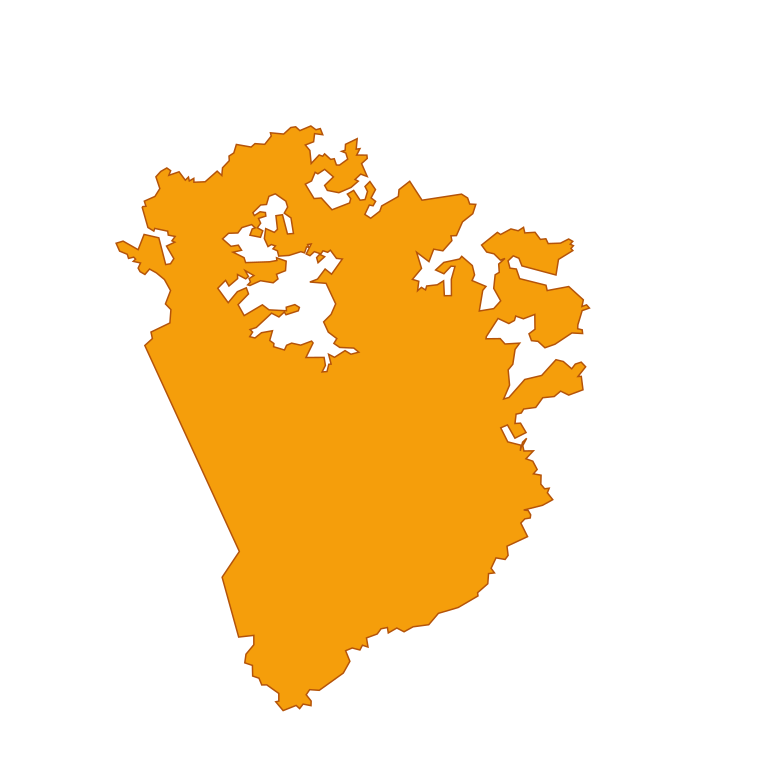 Cañazas, Veraguas, Panama (Natural Earth projection), rotated 70°
{"feature_id": "35544464B38467816512648", "entity_name": "Cañazas", "entity_type": "district", "adm_level": 2, "iso_a3": "PAN", "parent_name": "Panama", "parent_adm1": "Veraguas", "projection": "natural_earth1", "projection_center": [-81.335, 8.382], "detail": "fine", "context": "isolated", "style": "filled", "palette": "amber", "viewbox_px": 768, "rotation_deg": 70, "n_neighbors": 0, "source": "geoboundaries", "source_scale": "gbopen_adm2", "svg_char_len": 6171}
<svg xmlns="http://www.w3.org/2000/svg" viewBox="0 0 768 768"><g transform="rotate(70 384 384)"><path d="M121.8,361.0L116.5,364.5L117.1,376.4L112.1,379.0L111.1,383.9L114.8,392.8L109.1,404.8L112.5,405.2L118.0,414.1L114.0,423.0L115.9,427.8L108.4,440.8L115.5,446.1L116.8,451.7L121.2,453.0L125.6,461.8L132.6,465.1L126.9,468.0L132.8,482.9L129.4,493.6L125.7,492.4L126.6,497.5L122.7,497.0L124.5,501.0L114.5,504.0L114.3,514.8L110.6,511.5L106.7,514.2L107.9,521.1L111.3,527.5L123.7,527.8L129.4,535.1L130.2,546.7L135.6,546.9L134.8,550.0L135.4,550.8L156.2,552.3L161.6,548.0L159.4,546.2L166.4,535.0L170.3,535.8L173.9,529.8L176.9,534.3L179.2,532.1L180.0,541.2L194.3,538.6L198.0,543.5L197.1,548.3L169.6,545.6L161.4,558.3L173.7,569.1L160.5,580.3L160.1,587.6L168.7,587.0L174.3,580.9L178.6,581.1L179.2,575.8L181.7,574.7L183.0,577.7L187.0,571.4L191.0,575.4L195.0,574.8L199.3,571.2L195.8,565.0L201.7,559.9L210.7,554.6L223.2,552.6L234.0,562.0L241.2,558.8L253.4,564.3L255.5,585.2L262.1,586.1L266.0,595.6L491.9,577.2L510.2,602.2L572.1,607.1L575.7,592.3L584.5,595.5L590.7,606.1L598.4,610.2L603.4,603.9L613.5,607.3L617.7,602.1L625.0,601.8L626.6,597.1L638.8,588.7L646.0,591.3L645.6,594.4L656.4,590.5L656.0,576.5L660.2,574.3L657.1,569.5L661.3,562.6L657.0,560.9L649.4,563.4L645.8,558.4L649.7,549.6L641.7,521.1L632.9,510.9L621.5,511.3L621.2,504.2L625.7,497.6L622.1,493.6L625.7,489.0L616.6,487.3L616.6,475.9L613.0,470.5L614.0,464.1L619.4,465.1L617.7,455.4L623.7,449.9L622.1,439.7L625.5,424.3L618.1,411.3L619.4,390.7L615.3,368.2L612.1,367.4L607.2,354.8L597.9,350.6L599.3,344.8L593.8,346.4L585.7,338.2L590.3,330.2L587.5,326.0L578.5,323.9L576.5,301.3L561.5,303.0L558.9,297.8L559.9,292.4L557.1,290.9L552.2,291.8L550.2,295.8L552.2,276.5L550.4,265.0L542.1,267.7L538.4,264.4L537.4,268.9L531.8,270.9L523.4,267.6L519.5,274.3L516.7,269.3L507.4,270.6L502.8,276.2L497.9,266.5L494.8,275.4L489.4,274.7L483.8,268.5L486.1,273.7L493.4,278.8L488.4,276.2L480.7,287.5L465.1,289.3L464.7,282.0L479.7,279.5L478.2,267.1L467.5,269.1L465.9,274.4L457.5,270.2L458.2,264.9L455.3,261.3L457.9,249.4L451.2,239.5L454.0,228.3L451.1,220.5L457.6,214.2L457.5,199.0L444.3,196.0L443.3,199.2L436.8,188.6L430.9,191.2L430.7,197.4L433.9,202.4L424.2,207.8L420.0,214.1L429.9,232.9L427.9,250.2L439.4,271.2L439.0,276.7L428.0,266.4L413.2,262.5L409.5,256.2L396.3,249.0L392.0,242.5L387.8,256.6L381.1,259.3L376.4,272.7L374.4,271.6L361.4,254.4L369.9,246.0L368.9,239.7L365.2,237.0L370.4,230.7L370.2,218.5L384.2,223.4L386.4,230.6L393.7,230.6L396.6,224.7L405.0,220.4L405.1,209.7L400.3,190.0L404.5,180.1L400.9,179.2L398.3,183.1L394.7,181.6L382.8,172.7L382.9,165.0L378.9,166.6L378.9,171.5L373.1,167.9L355.6,177.1L352.0,198.7L346.6,198.0L331.4,220.5L321.2,220.3L318.2,226.0L310.7,225.3L307.8,218.7L312.0,214.2L320.2,214.0L340.4,185.1L326.6,177.4L323.2,160.9L320.6,162.0L318.8,158.7L316.3,161.2L314.5,157.8L310.9,160.9L312.0,170.0L308.2,181.7L302.9,182.2L301.6,187.6L293.1,190.2L290.2,200.0L284.5,199.3L285.9,205.5L281.7,211.7L283.4,223.3L280.3,225.6L286.8,244.8L295.1,242.4L299.3,236.1L307.4,232.3L307.4,227.4L310.5,235.2L318.5,237.5L319.4,242.2L331.7,248.2L345.8,245.9L350.7,255.1L348.0,269.5L329.8,259.2L327.2,254.8L316.9,265.9L312.5,261.6L302.9,260.5L290.6,267.3L292.4,270.2L290.2,286.2L294.5,296.5L300.9,290.0L296.2,280.7L297.8,277.1L308.6,284.9L324.0,290.4L321.7,297.1L307.4,292.7L309.0,300.0L306.5,310.4L309.8,312.8L306.0,315.8L307.9,320.6L299.4,316.2L295.4,321.5L288.2,309.2L271.3,308.3L284.4,299.9L274.3,291.2L279.0,283.1L272.5,271.2L267.7,270.4L269.3,265.2L258.5,254.8L254.3,242.3L246.6,236.3L244.2,241.9L237.8,241.8L232.1,246.2L224.3,285.4L202.3,290.5L206.5,303.4L212.7,306.4L215.9,325.3L220.2,328.8L223.7,339.8L218.1,344.0L210.8,336.6L212.8,333.3L209.5,329.4L204.7,332.5L198.4,325.5L188.9,328.0L191.9,334.3L197.4,333.6L204.2,338.7L203.1,343.6L191.7,346.3L193.0,353.5L198.4,351.9L202.1,354.4L202.5,373.3L187.8,379.3L185.8,386.3L169.3,389.6L168.4,382.6L161.5,376.3L163.9,374.3L162.0,366.3L172.1,360.7L177.1,371.9L182.7,371.0L188.8,361.0L188.0,347.7L184.6,338.8L181.9,341.3L178.8,334.1L183.3,328.8L169.2,329.7L166.3,322.6L163.1,321.8L159.5,331.4L154.6,326.1L153.8,329.8L144.3,325.3L145.6,338.2L151.1,340.6L150.9,344.2L153.9,340.9L160.3,341.2L163.1,351.0L161.9,353.8L155.3,353.7L154.7,357.3L147.4,361.1L149.0,363.7L146.6,366.6L151.9,377.0L139.2,373.8L132.5,376.2L132.3,367.3L125.0,363.6L128.8,356.3L122.2,356.5L121.8,361.0ZM237.2,507.5L232.4,497.4L238.9,496.2L234.9,485.5L231.0,484.2L237.9,478.0L236.7,474.6L229.9,475.7L237.6,469.1L238.8,474.7L242.5,474.6L244.2,478.2L245.6,476.3L244.7,464.7L251.0,453.5L249.0,447.7L244.1,447.5L243.8,437.8L235.1,433.9L228.6,441.8L231.3,442.4L230.0,449.8L222.6,472.5L217.4,472.3L208.5,480.8L209.6,472.1L203.7,473.4L202.3,480.7L192.4,486.1L189.2,478.5L192.1,469.7L188.4,464.0L188.9,453.9L193.2,451.6L193.2,454.8L198.3,459.1L203.9,449.9L198.6,445.5L193.9,449.6L190.7,444.9L185.5,445.3L185.8,437.6L182.3,436.8L179.8,441.5L181.4,448.2L178.2,448.6L173.6,438.7L175.1,433.0L168.3,428.0L168.1,421.1L178.6,413.7L184.8,414.0L189.3,419.3L196.1,414.6L211.6,417.6L210.0,423.4L190.2,421.5L188.9,428.0L202.2,431.2L204.0,435.2L197.5,442.0L206.4,446.7L215.2,446.0L214.4,442.2L217.1,438.8L219.0,442.1L222.4,438.6L227.8,439.2L230.7,429.3L231.2,416.9L233.6,413.8L228.7,409.9L229.8,408.0L226.8,408.1L227.5,404.5L235.2,412.6L238.1,409.7L235.8,404.2L239.7,399.4L242.2,404.1L247.5,404.5L244.1,396.2L240.6,399.6L238.0,395.7L241.0,391.9L239.9,388.6L249.7,385.7L252.3,380.4L262.9,395.7L255.8,400.0L262.7,410.6L262.8,418.8L269.6,404.0L292.2,402.0L300.5,409.9L305.0,419.5L316.2,418.6L325.2,412.8L328.7,417.2L334.5,413.1L339.9,400.1L345.5,396.8L344.7,404.9L339.3,409.2L342.0,421.4L337.1,425.9L347.2,426.9L346.6,429.1L352.8,433.3L351.5,438.0L346.5,432.7L338.5,431.2L332.4,448.3L321.2,436.6L318.9,437.4L319.0,449.0L314.0,456.8L314.3,462.3L318.0,465.9L311.2,475.0L308.3,473.6L304.0,476.5L295.8,470.6L293.9,481.6L296.6,489.5L293.6,494.0L290.3,489.7L287.0,491.3L287.2,484.7L279.0,465.4L285.1,459.8L282.3,453.1L285.4,452.4L285.9,439.5L283.1,437.3L278.9,440.6L278.4,449.6L281.8,450.6L275.0,466.7L268.0,471.2L271.9,492.0L259.5,494.0L253.0,480.5L246.5,480.5L247.1,490.2L254.3,502.6L237.2,507.5Z" fill="#f59e0b" stroke="#b45309" stroke-width="1.5"/></g></svg>